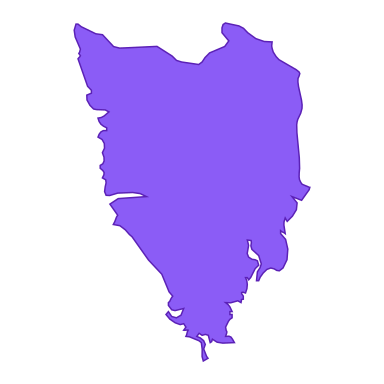 an SVG outline of Istarska
{"feature_id": "HRV-1592", "entity_name": "Istarska", "entity_type": "County", "adm_level": 1, "iso_a3": "HRV", "parent_name": "Croatia", "parent_adm1": "", "projection": "mercator", "projection_center": [13.894, 45.143], "detail": "fine", "context": "isolated", "style": "filled", "palette": "violet", "viewbox_px": 384, "rotation_deg": 0, "n_neighbors": 0, "source": "natural_earth", "source_scale": "10m", "svg_char_len": 3169}
<svg xmlns="http://www.w3.org/2000/svg" viewBox="0 0 384 384"><path d="M119.6,48.1L125.1,47.9L157.0,46.4L172.2,56.1L176.5,60.4L181.6,62.0L198.7,64.5L202.1,62.0L205.0,57.6L209.6,52.9L224.7,46.5L228.8,40.9L222.0,32.7L222.0,27.8L223.1,24.5L225.4,23.0L230.4,24.1L238.9,25.9L243.5,28.3L247.7,32.7L255.8,38.6L264.2,41.5L271.9,41.9L272.1,41.9L271.7,46.0L272.1,48.3L273.2,52.0L276.1,56.6L279.0,59.7L296.2,69.7L299.0,71.9L299.8,73.6L299.0,76.2L298.0,78.5L297.9,81.9L298.5,86.5L301.5,100.2L302.1,104.9L302.0,108.4L300.7,113.2L297.8,119.3L297.1,121.8L296.7,124.7L296.9,132.5L299.3,157.8L299.6,168.5L299.2,172.8L299.1,176.8L299.5,179.7L300.9,182.6L302.2,184.3L309.6,187.4L309.8,187.4L309.6,188.1L309.1,189.8L301.6,200.3L292.0,196.6L297.1,202.9L296.4,209.7L292.4,216.2L287.2,221.4L285.2,218.0L284.0,221.9L283.9,225.0L285.2,233.6L284.0,232.7L281.8,231.7L280.6,230.7L280.6,233.6L285.6,239.4L287.8,249.1L287.0,259.7L283.0,268.0L279.3,270.8L276.7,270.4L274.3,268.9L270.8,268.0L266.9,269.4L263.2,273.0L260.2,277.2L258.7,280.7L256.5,280.7L257.4,271.8L260.0,267.8L261.3,263.9L258.7,255.6L251.9,249.4L250.9,245.9L251.4,242.7L251.1,240.5L247.3,240.0L248.6,245.4L247.2,253.5L248.6,257.1L252.0,259.3L255.0,259.7L257.4,260.8L258.7,265.2L255.2,268.6L250.7,277.5L248.7,279.8L247.3,277.6L245.5,277.6L246.8,280.7L247.3,284.5L246.9,288.7L245.5,293.0L242.9,292.2L241.6,292.5L241.7,293.8L243.3,296.1L243.3,299.2L241.7,299.4L241.3,299.8L241.4,300.8L241.0,302.6L237.8,300.8L230.7,302.8L225.6,302.6L228.2,304.7L229.8,306.7L232.1,311.6L229.9,311.6L229.9,314.5L232.1,314.5L232.1,317.8L229.8,319.4L228.4,321.4L225.6,327.1L226.2,330.5L226.8,331.5L226.8,332.7L225.6,336.4L229.0,336.2L231.0,337.1L232.5,339.2L234.4,342.6L222.8,343.1L217.1,342.2L212.4,339.2L211.8,341.1L211.7,341.6L210.2,342.6L208.3,335.3L205.4,334.4L202.1,335.3L199.1,333.3L196.8,336.4L200.3,337.9L203.6,340.6L205.3,344.4L203.7,349.0L206.6,356.4L208.0,358.3L203.3,361.0L202.1,356.6L202.2,349.2L201.3,342.6L198.9,340.7L189.4,336.8L185.9,336.4L186.6,334.9L187.4,331.7L188.1,330.2L187.1,330.0L184.8,330.3L183.7,330.2L185.9,327.1L183.7,323.7L180.2,324.6L175.2,322.8L169.9,319.2L166.0,314.5L168.4,311.6L171.7,316.5L176.4,317.8L181.0,315.2L183.7,308.5L175.0,310.6L171.7,309.8L168.4,305.4L168.4,302.6L169.7,301.4L171.2,298.3L172.7,296.1L169.1,291.9L161.8,274.2L148.5,260.0L132.0,236.7L129.4,234.5L125.4,229.9L119.9,225.7L113.3,224.5L114.8,221.6L116.5,217.1L117.7,215.2L109.9,204.1L118.2,198.6L146.4,196.6L140.2,193.6L132.7,192.5L117.7,193.1L109.7,195.5L106.1,195.3L104.6,191.6L105.2,186.8L106.1,182.8L105.7,179.8L102.4,177.9L103.9,174.8L104.1,172.5L102.8,170.5L100.2,168.3L100.2,165.4L102.8,163.8L104.1,161.0L104.0,157.2L102.4,152.7L104.5,148.2L104.3,143.5L102.1,139.5L98.0,137.1L99.1,134.3L100.8,132.0L103.3,130.6L106.7,130.6L106.7,127.8L103.5,126.2L100.9,124.2L99.1,121.5L98.0,118.1L101.3,117.5L104.1,116.0L108.9,111.9L105.2,109.9L96.6,109.6L93.6,109.0L90.0,105.4L87.0,100.0L86.8,95.1L91.4,93.2L91.4,90.3L87.6,86.3L78.0,58.8L78.7,57.9L79.7,56.9L80.4,55.7L78.9,53.6L78.8,53.3L79.5,52.6L80.4,49.1L75.2,37.0L74.2,30.2L76.0,24.1L78.0,24.1L81.2,26.7L95.8,33.8L102.5,34.7L113.6,46.6L119.6,48.1Z" fill="#8b5cf6" stroke="#5b21b6" stroke-width="1.5"/></svg>